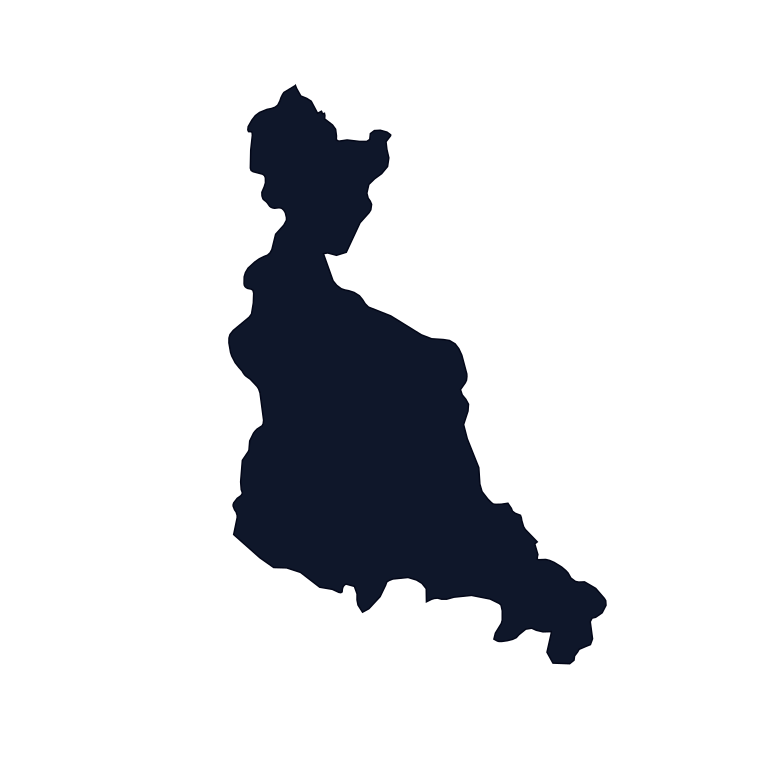 the border of El Paraíso, rotated 259°
{"feature_id": "HND-662", "entity_name": "El Paraíso", "entity_type": "Department", "adm_level": 1, "iso_a3": "HND", "parent_name": "Honduras", "parent_adm1": "", "projection": "orthographic", "projection_center": [-86.385, 13.965], "detail": "fine", "context": "isolated", "style": "filled", "palette": "ink", "viewbox_px": 768, "rotation_deg": 259, "n_neighbors": 0, "source": "natural_earth", "source_scale": "10m", "svg_char_len": 3701}
<svg xmlns="http://www.w3.org/2000/svg" viewBox="0 0 768 768"><g transform="rotate(259 384 384)"><path d="M694.0,354.0L690.8,354.6L682.6,357.3L679.1,362.7L675.5,366.5L662.4,370.5L663.7,374.6L662.5,375.0L661.5,374.9L660.9,375.4L661.1,377.2L658.8,377.2L655.6,376.3L648.1,382.9L643.3,385.1L636.7,384.7L632.8,383.8L631.0,385.9L630.6,394.3L626.9,405.9L625.4,413.3L626.8,416.7L632.4,418.4L634.6,422.9L633.8,428.8L630.7,435.0L628.1,437.4L627.3,438.1L627.1,438.1L626.4,437.8L621.4,432.2L613.8,431.6L605.1,431.9L596.8,429.0L590.9,421.8L587.2,413.9L582.8,407.2L574.6,403.6L569.5,403.9L566.1,405.4L562.7,406.1L557.5,404.3L555.0,402.0L546.9,391.3L520.5,372.1L519.4,361.9L523.4,353.7L523.5,349.4L495.0,353.7L489.9,356.4L485.7,360.2L483.8,363.5L482.3,367.2L479.6,372.1L475.3,376.7L470.8,379.1L466.4,380.8L462.5,383.4L449.6,403.6L425.2,430.0L419.3,439.4L416.3,450.8L414.2,456.6L409.8,461.5L404.3,464.2L397.4,465.9L378.1,467.2L375.5,466.8L372.0,465.7L369.8,464.1L363.9,458.0L358.4,458.7L353.4,461.4L348.0,463.1L341.4,461.3L329.0,454.4L314.3,455.3L283.8,461.1L267.5,459.0L259.7,459.7L251.2,464.0L246.9,466.9L245.2,468.5L244.5,470.9L243.6,476.2L243.3,482.9L243.0,483.0L237.6,485.3L234.7,485.8L232.1,488.1L229.1,492.9L226.5,493.3L223.7,493.2L217.3,493.8L214.3,494.9L199.8,504.3L198.3,501.5L187.2,502.5L185.4,501.7L182.9,500.9L182.0,502.2L180.9,509.3L179.2,512.9L176.4,517.0L170.4,523.5L166.3,526.8L163.4,528.6L157.9,530.4L153.7,534.2L152.4,537.3L151.5,543.1L143.0,552.8L131.5,559.4L129.0,560.3L124.4,559.7L117.8,554.5L114.6,547.2L114.5,543.6L111.3,541.1L94.1,540.1L88.8,536.9L87.9,532.2L86.3,524.9L83.9,522.8L80.7,519.2L76.6,517.8L74.0,512.9L77.8,496.6L89.6,492.8L107.4,500.6L109.1,500.9L109.3,499.3L110.4,492.7L113.2,486.5L116.1,482.4L116.3,476.4L112.1,468.5L109.8,465.5L108.8,461.5L108.5,456.1L108.8,450.6L109.4,447.6L110.1,446.2L112.6,443.2L118.2,445.8L126.6,453.5L129.6,455.0L138.8,456.8L144.6,456.7L146.5,455.3L152.7,447.1L159.8,429.6L161.4,412.0L160.8,404.4L161.8,399.4L163.6,395.7L163.9,392.4L163.6,389.6L162.1,384.1L175.0,386.4L181.1,383.2L185.4,378.5L189.5,370.7L190.9,355.5L190.1,351.3L189.1,348.9L186.2,347.2L176.0,339.6L166.3,326.3L164.1,319.4L172.0,316.3L177.2,316.3L183.1,317.5L191.0,316.3L194.8,308.6L194.4,307.1L193.0,305.3L190.9,304.1L187.9,303.2L187.4,301.8L188.1,299.9L192.3,294.1L196.8,282.1L215.0,266.1L222.1,253.3L224.9,240.7L237.1,229.0L264.9,207.7L280.9,214.4L283.0,214.8L286.7,214.4L287.9,213.8L289.1,213.3L293.0,212.6L294.4,212.9L296.0,213.8L299.8,218.1L301.6,222.1L303.0,223.7L304.7,224.2L307.5,223.7L315.3,224.6L336.1,230.4L343.7,238.0L345.1,238.9L353.7,241.3L360.6,246.5L362.3,248.4L364.1,251.0L366.2,256.3L368.0,257.8L371.4,258.9L398.9,260.6L403.2,260.0L405.9,258.9L414.3,253.6L417.8,250.2L419.6,248.9L421.8,247.9L423.9,247.2L427.9,244.8L433.3,242.0L440.5,239.9L444.3,239.4L453.9,239.6L458.7,240.6L462.0,242.3L465.4,246.3L475.3,264.4L478.0,267.3L488.5,271.2L498.0,273.4L501.1,273.2L502.5,271.7L503.8,268.5L504.8,267.2L506.1,266.2L507.7,265.7L509.3,265.8L515.9,267.2L519.9,269.3L523.7,272.7L528.4,280.4L530.7,285.5L532.1,290.7L532.7,294.2L534.5,297.2L537.4,299.6L551.7,306.2L559.1,316.0L563.4,319.5L566.0,320.0L571.0,319.8L573.7,318.8L575.7,317.4L576.7,315.8L577.1,314.1L577.4,310.1L578.1,308.3L579.0,306.9L580.3,305.7L584.1,304.0L585.8,302.9L587.2,301.6L588.8,300.5L591.9,300.1L595.5,300.7L600.5,304.1L604.1,306.0L609.1,306.9L611.4,306.4L613.1,304.9L617.4,296.0L619.0,294.3L621.4,294.0L639.0,297.8L653.2,302.2L655.8,302.5L656.9,302.1L657.6,299.2L659.4,298.8L662.6,299.8L668.4,304.8L672.0,308.9L674.3,313.6L675.9,321.6L675.9,326.1L676.5,329.9L678.0,332.9L681.7,335.8L684.7,337.5L687.6,339.7L689.3,341.4L693.9,353.9L694.0,354.0Z" fill="#0f172a" stroke="#020617" stroke-width="1.5"/></g></svg>